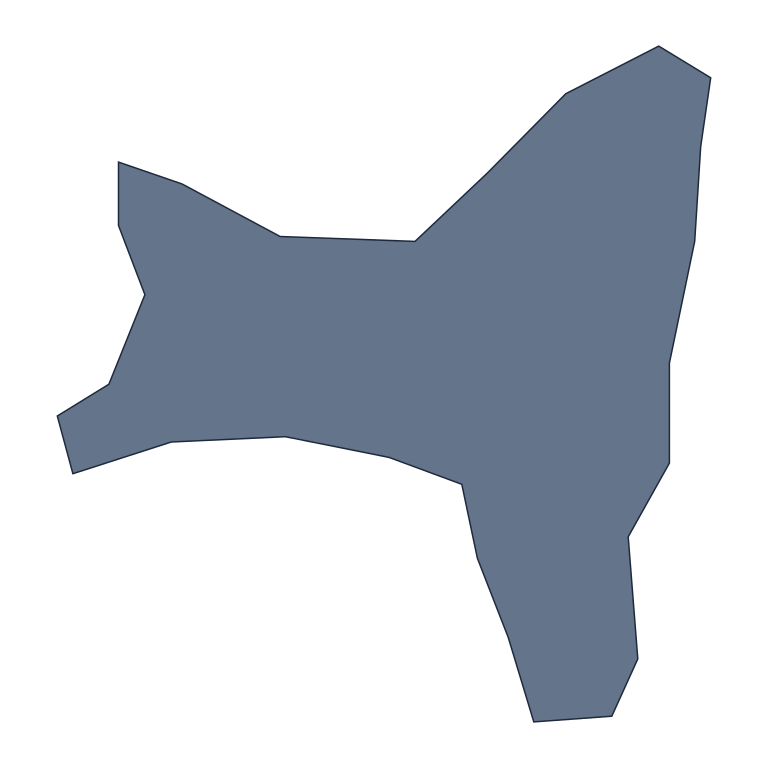 the border of Christmas Island
{"feature_id": "IOA-2652", "entity_name": "Christmas Island", "entity_type": "state/province", "adm_level": 1, "iso_a3": "IOA", "parent_name": "Indian Ocean Territories", "parent_adm1": "", "projection": "albers", "projection_center": [105.657, -10.498], "detail": "fine", "context": "isolated", "style": "filled", "palette": "slate", "viewbox_px": 768, "rotation_deg": 0, "n_neighbors": 0, "source": "natural_earth", "source_scale": "10m", "svg_char_len": 462}
<svg xmlns="http://www.w3.org/2000/svg" viewBox="0 0 768 768"><path d="M658.7,46.1L710.7,77.8L700.7,146.6L694.7,241.4L669.4,363.1L669.4,463.1L628.2,536.8L637.8,658.9L611.8,716.2L533.8,721.9L508.2,637.3L477.4,558.3L461.8,484.3L389.0,457.4L285.3,436.7L171.3,442.0L72.9,473.7L57.3,416.0L108.9,384.2L144.9,294.7L118.5,225.5L118.5,162.1L182.1,184.0L280.1,236.5L415.0,241.4L487.4,173.0L565.8,93.7L658.7,46.1Z" fill="#64748b" stroke="#1e293b" stroke-width="1.5"/></svg>